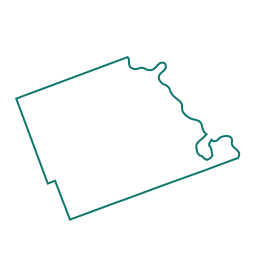 Atchison, Missouri, United States of America (Mercator projection), rotated 159°
{"feature_id": "52423323B76022746373485", "entity_name": "Atchison", "entity_type": "district", "adm_level": 2, "iso_a3": "USA", "parent_name": "United States of America", "parent_adm1": "Missouri", "projection": "mercator", "projection_center": [-95.613, 40.423], "detail": "fine", "context": "isolated", "style": "outline", "palette": "teal", "viewbox_px": 256, "rotation_deg": 159, "n_neighbors": 0, "source": "geoboundaries", "source_scale": "gbopen_adm2", "svg_char_len": 1591}
<svg xmlns="http://www.w3.org/2000/svg" viewBox="0 0 256 256"><g transform="rotate(159 128 128)"><path d="M103.0,194.3L221.8,195.5L222.8,104.9L215.0,104.9L215.0,63.3L212.1,63.3L211.6,63.3L210.1,63.2L209.7,63.2L208.9,63.2L172.6,62.8L165.6,62.7L160.5,62.5L147.3,62.3L130.2,62.1L112.4,61.9L112.0,61.8L109.9,61.8L103.0,61.6L96.9,61.5L85.2,61.3L75.4,61.0L60.9,60.9L42.2,60.7L36.1,60.5L35.2,61.3L33.6,63.5L33.2,65.4L34.2,68.5L36.3,72.4L36.7,73.6L36.8,74.9L36.8,76.0L36.4,77.0L35.2,79.3L35.0,80.8L35.1,81.9L35.7,83.0L37.0,84.3L38.8,85.3L41.5,86.0L45.1,86.2L47.1,85.5L48.9,84.5L49.8,84.4L52.4,84.8L53.8,86.2L54.2,87.1L57.8,84.3L58.5,82.3L57.8,80.7L58.0,77.3L58.6,75.0L58.8,72.4L61.0,70.8L63.7,70.0L65.9,70.0L67.9,72.5L69.0,75.3L71.0,76.7L71.7,78.6L72.1,80.2L71.0,86.3L69.1,88.9L67.1,89.9L59.5,92.7L58.3,93.4L57.0,93.9L58.2,96.5L58.6,98.8L58.5,101.7L58.2,103.6L58.0,105.0L58.1,106.2L58.7,108.1L59.1,108.9L61.9,111.4L64.2,112.8L65.9,114.2L67.9,116.5L70.2,120.4L71.0,123.4L70.8,125.9L70.2,127.6L69.4,130.0L69.2,131.2L69.9,134.2L73.0,139.5L74.8,143.3L75.3,146.9L75.2,148.3L75.2,150.4L75.7,151.9L77.0,154.0L78.7,155.7L80.1,157.5L80.8,159.0L81.2,160.1L81.5,162.5L81.3,163.5L80.7,165.2L79.2,166.6L78.0,167.3L73.5,168.9L71.6,170.1L70.7,171.4L70.4,172.9L70.3,174.2L70.5,175.0L71.5,176.2L72.3,176.7L74.3,177.1L75.3,177.0L77.2,176.3L81.3,174.3L83.0,173.8L84.4,173.6L85.4,173.7L87.1,174.3L89.1,175.4L91.8,178.2L92.7,178.8L94.5,179.7L98.8,179.9L100.7,180.6L101.8,181.3L103.5,183.2L104.1,184.2L104.3,185.4L104.1,187.4L102.6,191.7L102.6,193.0L103.0,194.3Z" fill="none" stroke="#0f766e" stroke-width="2"/></g></svg>